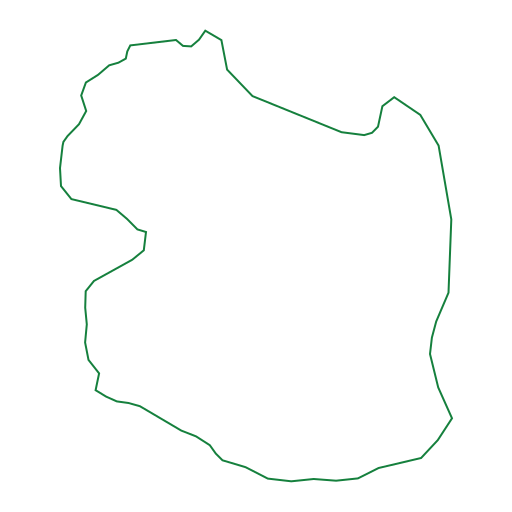 an SVG outline of Gümüshane
{"feature_id": "TUR-3031", "entity_name": "Gümüshane", "entity_type": "Province", "adm_level": 1, "iso_a3": "TUR", "parent_name": "Turkey", "parent_adm1": "", "projection": "mercator", "projection_center": [39.258, 40.339], "detail": "fine", "context": "isolated", "style": "outline", "palette": "green", "viewbox_px": 512, "rotation_deg": 0, "n_neighbors": 0, "source": "natural_earth", "source_scale": "10m", "svg_char_len": 955}
<svg xmlns="http://www.w3.org/2000/svg" viewBox="0 0 512 512"><path d="M438.6,145.6L451.3,219.4L448.5,292.7L436.2,321.5L431.9,337.6L430.0,354.0L438.2,387.4L452.0,418.3L437.8,440.1L421.1,458.0L378.6,468.0L357.9,478.4L336.1,480.7L313.7,479.0L291.3,481.3L267.8,478.6L245.6,467.2L222.5,460.3L215.8,453.6L209.8,445.2L196.1,436.4L181.3,430.6L139.9,406.2L128.5,403.0L116.8,401.4L106.1,396.6L95.6,390.2L99.1,373.4L88.5,359.9L85.1,342.5L86.8,324.4L85.2,307.7L85.7,291.2L94.0,280.9L132.3,259.7L143.8,250.3L146.0,232.0L137.4,229.4L127.0,218.9L116.4,209.9L71.4,199.1L61.0,186.1L60.0,168.1L62.6,145.7L63.4,141.9L67.5,136.1L79.0,124.2L86.2,111.0L81.2,95.5L85.9,82.5L98.1,74.8L109.2,65.3L118.4,62.7L125.8,58.6L127.3,51.4L130.3,45.4L176.0,40.0L183.0,45.9L191.2,46.4L199.0,39.7L205.3,30.7L221.4,40.1L227.1,69.6L252.5,96.1L341.5,132.2L364.2,135.1L372.0,132.8L378.0,126.7L382.4,106.2L394.2,97.2L420.3,114.9L438.6,145.6Z" fill="none" stroke="#15803d" stroke-width="2"/></svg>